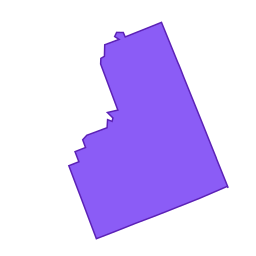 Carroll, Arkansas, United States of America, rotated 68°
{"feature_id": "52423323B66141902431391", "entity_name": "Carroll", "entity_type": "district", "adm_level": 2, "iso_a3": "USA", "parent_name": "United States of America", "parent_adm1": "Arkansas", "projection": "robinson", "projection_center": [-93.593, 36.31], "detail": "fine", "context": "isolated", "style": "filled", "palette": "violet", "viewbox_px": 256, "rotation_deg": 68, "n_neighbors": 0, "source": "geoboundaries", "source_scale": "gbopen_adm2", "svg_char_len": 687}
<svg xmlns="http://www.w3.org/2000/svg" viewBox="0 0 256 256"><g transform="rotate(68 128 128)"><path d="M130.4,57.3L100.9,57.3L94.4,57.2L91.3,57.2L88.6,57.2L85.9,57.3L85.7,57.3L42.6,57.4L42.5,96.5L37.7,96.6L35.1,102.7L38.2,106.1L42.5,103.1L42.1,118.4L52.7,123.0L53.3,127.1L58.4,129.4L107.6,130.7L105.9,141.3L113.1,138.2L115.9,140.3L112.6,143.8L119.9,147.3L119.3,168.9L121.9,174.4L130.2,174.7L130.1,182.0L130.1,186.0L140.9,186.2L140.8,197.0L163.1,197.5L174.0,197.7L218.8,198.8L219.1,177.4L219.2,157.2L219.7,133.2L220.0,87.9L219.3,58.1L220.9,57.5L214.1,57.5L189.4,57.5L189.0,57.4L179.4,57.4L154.3,57.3L152.1,57.3L130.4,57.3Z" fill="#8b5cf6" stroke="#5b21b6" stroke-width="1.5"/></g></svg>